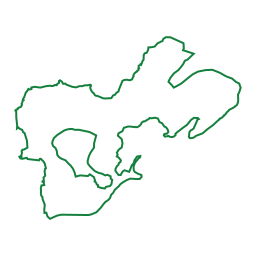 the district of Hihifo, Vava'u, Tonga
{"feature_id": "48082658B37822051650309", "entity_name": "Hihifo", "entity_type": "district", "adm_level": 2, "iso_a3": "TON", "parent_name": "Tonga", "parent_adm1": "Vava'u", "projection": "mercator", "projection_center": [-174.028, -18.638], "detail": "fine", "context": "isolated", "style": "outline", "palette": "green", "viewbox_px": 256, "rotation_deg": 0, "n_neighbors": 0, "source": "geoboundaries", "source_scale": "gbopen_adm2", "svg_char_len": 4588}
<svg xmlns="http://www.w3.org/2000/svg" viewBox="0 0 256 256"><path d="M165.9,37.2L163.4,38.8L162.4,41.1L160.8,41.7L157.4,43.4L154.8,46.5L151.8,47.2L148.4,47.4L148.2,49.7L147.2,51.8L146.5,52.9L145.1,53.1L144.4,53.7L143.7,55.3L143.6,58.2L143.6,59.7L142.7,60.7L141.2,64.7L140.7,64.4L140.7,64.8L138.7,65.7L138.6,67.1L139.1,68.4L138.4,68.6L138.3,70.3L137.2,70.8L136.8,71.7L136.1,71.9L135.4,72.7L134.6,73.1L133.4,75.3L133.6,76.4L132.8,77.5L132.1,79.4L129.6,80.3L126.8,79.7L124.3,80.0L122.5,80.8L118.9,89.7L118.5,91.5L116.4,92.8L115.1,94.7L113.0,95.5L111.4,98.1L105.1,98.5L102.8,98.2L101.0,97.4L97.6,96.0L95.7,95.7L94.6,94.8L93.9,93.4L92.3,92.1L91.4,90.7L90.4,88.6L90.2,87.0L90.8,86.3L90.9,85.1L90.1,84.7L88.5,85.2L86.9,85.3L84.2,85.4L82.7,86.1L79.6,86.1L76.0,87.4L72.2,86.8L68.2,85.3L66.6,84.7L65.2,83.6L63.1,83.8L61.9,81.7L60.1,80.3L59.0,81.0L59.0,82.9L57.2,84.1L56.7,85.2L54.7,85.0L53.7,85.8L51.8,86.1L50.0,85.7L45.9,86.2L40.3,87.6L34.8,86.8L31.4,87.5L31.4,89.1L28.8,89.6L28.5,89.0L27.9,89.4L27.1,91.3L25.8,92.5L25.0,95.0L24.1,97.3L23.0,99.1L23.6,100.0L22.8,100.3L22.5,100.9L22.6,101.7L21.6,103.9L22.0,104.8L20.8,107.0L18.2,107.9L17.5,109.4L16.4,109.4L15.4,110.6L16.2,111.5L16.3,117.7L16.6,120.2L17.2,126.0L17.0,128.4L18.2,127.4L19.6,128.7L22.2,129.9L23.2,132.3L24.5,132.9L25.5,136.1L27.0,140.9L27.4,147.7L23.9,149.6L22.5,149.7L21.6,151.0L22.0,153.0L21.4,155.0L21.4,156.8L20.4,156.3L19.4,156.7L20.4,158.4L22.3,158.8L25.0,158.2L26.8,157.8L27.5,159.0L37.5,160.2L39.2,160.3L39.8,158.9L40.8,158.8L43.5,161.5L44.7,163.5L45.9,168.3L45.1,168.8L44.6,171.3L45.2,175.7L43.5,177.7L43.9,181.3L42.5,181.3L42.5,181.8L43.5,181.9L44.2,185.1L41.5,185.4L40.8,188.1L41.0,190.8L40.9,193.4L41.3,195.7L42.4,197.0L42.7,199.4L44.8,204.8L44.3,209.2L44.4,212.9L46.3,212.7L47.5,216.5L50.0,218.8L57.1,215.6L61.2,214.7L85.6,215.0L88.6,215.0L91.3,214.4L96.5,212.2L98.0,210.6L100.8,207.7L103.4,204.2L105.3,202.0L108.4,199.9L110.0,198.1L111.2,194.7L113.1,192.9L114.7,190.0L117.0,187.8L119.2,185.9L119.9,184.7L121.6,183.2L126.8,180.0L130.5,178.6L135.6,179.0L139.7,179.0L141.6,176.9L141.4,175.0L137.9,173.7L134.7,171.9L133.7,170.0L133.6,166.4L135.0,162.7L138.6,158.4L140.2,157.1L140.3,156.0L139.0,156.3L137.1,156.5L134.4,160.4L133.8,163.0L131.6,165.6L130.5,168.8L129.1,171.8L124.6,170.3L123.2,171.0L121.7,173.0L120.7,175.0L118.4,174.9L115.4,170.8L115.5,169.0L116.7,166.5L118.4,164.8L119.1,162.7L120.4,162.1L120.9,160.3L118.6,157.5L116.8,156.5L117.6,154.8L116.9,152.6L118.8,149.6L121.7,147.5L122.5,143.4L121.7,139.1L117.9,135.7L118.5,133.3L122.4,131.2L123.9,127.8L127.7,126.6L129.6,126.5L135.1,127.1L137.5,127.1L139.3,126.0L141.0,124.2L141.8,122.5L143.5,121.4L145.2,121.2L146.9,120.0L148.7,119.1L149.6,118.0L151.7,118.3L154.9,117.7L157.9,118.5L158.5,119.7L159.5,122.1L161.7,123.0L162.9,124.3L164.1,126.3L166.0,127.3L167.5,129.2L168.4,131.8L167.1,133.6L164.4,134.0L163.8,135.3L164.9,136.6L168.6,136.0L169.5,136.7L171.9,137.1L173.0,136.8L174.0,136.5L175.6,135.0L175.4,133.8L176.7,132.6L183.3,127.5L187.1,124.8L191.1,119.8L193.9,117.9L194.4,117.9L195.0,117.9L197.0,118.0L197.8,118.0L198.8,119.1L197.4,119.7L196.3,122.5L193.7,128.4L192.4,129.5L190.6,130.5L189.4,132.1L189.2,134.5L188.9,137.0L189.9,138.1L191.8,138.1L193.7,137.6L196.1,135.8L202.7,133.3L207.4,129.2L212.8,125.3L217.7,120.8L218.7,119.9L219.0,119.8L219.3,119.5L219.4,119.2L219.5,119.2L219.7,118.7L220.2,118.6L220.3,118.4L221.0,118.0L221.7,117.8L223.8,116.0L223.7,115.5L224.9,114.8L225.7,114.0L226.5,112.6L228.5,110.8L229.2,109.8L230.9,109.0L234.0,107.3L236.9,105.0L238.1,102.1L238.2,98.7L238.0,94.8L239.6,91.2L240.6,87.8L239.2,83.5L236.1,82.0L232.0,78.5L226.2,76.4L219.9,72.8L212.4,69.8L205.6,70.1L198.0,71.6L192.9,74.2L187.8,78.2L181.3,83.5L176.2,86.4L173.8,87.6L171.7,85.0L168.5,81.8L169.5,79.6L170.5,77.7L173.9,73.4L178.5,70.0L180.9,67.1L183.4,63.8L184.8,60.8L187.7,59.5L190.6,56.7L193.7,53.7L183.0,50.2L183.8,48.4L183.5,43.2L170.4,37.3L165.9,37.2ZM59.0,157.1L57.3,154.9L56.7,150.6L55.4,147.9L53.1,146.0L52.2,143.6L52.5,141.4L53.8,138.2L55.2,136.9L57.1,135.1L59.4,133.6L63.9,130.7L65.9,129.8L69.0,129.1L72.1,128.9L74.7,129.8L78.9,129.8L83.8,130.8L89.5,132.0L96.2,135.4L94.1,143.3L94.0,147.6L90.4,152.9L88.8,156.5L87.6,161.3L87.9,163.6L90.1,166.5L94.8,171.1L98.7,172.9L102.3,173.8L105.2,175.4L107.4,174.8L110.6,176.3L110.7,178.7L112.2,179.8L111.4,184.3L109.9,186.0L105.9,186.9L104.9,188.5L101.4,188.0L98.0,186.8L98.1,185.2L96.7,184.4L96.0,182.4L94.6,181.5L95.0,180.3L93.9,177.1L89.8,174.3L88.0,176.0L83.6,175.7L80.2,175.4L75.7,176.6L74.7,172.8L73.0,168.7L70.4,165.3L68.8,163.9L65.5,160.3L61.5,158.7L59.0,157.1Z" fill="none" stroke="#15803d" stroke-width="2"/></svg>